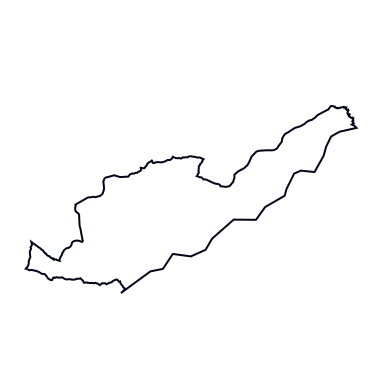 outline of Juaben Municipal, Ashanti, Ghana, rotated 285°
{"feature_id": "2480657B53382680619634", "entity_name": "Juaben Municipal", "entity_type": "district", "adm_level": 2, "iso_a3": "GHA", "parent_name": "Ghana", "parent_adm1": "Ashanti", "projection": "orthographic", "projection_center": [-1.389, 6.756], "detail": "fine", "context": "isolated", "style": "outline", "palette": "ink", "viewbox_px": 384, "rotation_deg": 285, "n_neighbors": 0, "source": "geoboundaries", "source_scale": "gbopen_adm2", "svg_char_len": 5760}
<svg xmlns="http://www.w3.org/2000/svg" viewBox="0 0 384 384"><g transform="rotate(285 192 192)"><path d="M70.7,79.7L73.1,80.0L73.7,80.7L73.6,81.9L74.6,83.0L74.6,84.6L75.3,87.3L76.0,88.6L75.8,89.4L75.2,91.1L75.0,93.4L76.0,95.8L76.5,100.0L77.6,102.3L78.5,103.3L78.9,105.2L79.8,106.7L79.4,107.1L78.1,109.7L77.5,110.2L76.5,110.8L76.5,111.7L77.3,113.2L77.3,114.8L78.0,118.3L78.4,119.4L78.4,121.0L78.9,121.6L79.3,122.2L79.3,122.7L79.0,123.4L79.2,124.5L78.9,125.2L78.2,127.1L80.7,128.8L80.7,129.8L81.4,131.7L80.7,133.3L82.0,134.7L82.8,135.4L83.6,137.1L84.3,138.0L85.7,138.7L86.8,140.0L88.1,142.0L87.3,143.5L86.5,144.5L87.0,145.7L86.8,145.8L85.5,146.4L84.0,148.2L83.9,148.4L83.8,148.5L83.7,148.7L83.6,148.9L83.5,149.2L83.2,149.4L82.9,149.7L82.4,150.0L82.1,150.5L81.9,150.7L81.8,150.9L81.6,151.6L81.4,152.0L81.2,152.1L80.7,152.2L80.2,152.0L79.9,151.9L79.4,151.7L79.1,151.4L78.7,151.2L78.3,151.1L77.9,150.8L77.5,150.7L77.1,150.4L76.4,149.8L76.0,149.5L104.6,172.4L110.2,183.8L127.2,189.5L129.5,207.6L139.7,220.1L152.2,223.5L176.1,239.4L181.7,261.0L196.5,266.6L212.4,282.5L219.2,282.5L236.2,285.9L240.8,291.6L243.0,305.2L261.2,309.8L270.3,309.8L281.6,312.0L288.4,318.9L296.5,334.3L297.5,332.8L297.6,332.4L298.2,331.3L298.5,328.9L300.3,330.5L301.0,329.5L301.8,328.5L302.6,328.9L302.8,329.3L303.4,328.9L304.3,328.5L304.7,328.5L305.1,328.7L305.2,328.4L304.7,328.2L304.4,328.0L305.3,327.2L304.9,326.4L305.4,325.0L305.6,324.3L306.4,323.6L306.7,323.8L307.0,324.0L307.1,323.2L307.3,323.2L307.9,323.6L308.0,323.1L307.7,322.5L308.4,322.3L308.6,321.9L308.6,321.7L310.5,321.6L311.2,322.0L311.8,321.5L311.6,321.4L311.0,321.2L311.3,320.3L311.9,319.4L312.5,319.4L312.9,318.9L313.0,318.6L313.6,318.9L313.5,317.8L312.7,317.3L313.1,316.9L313.5,316.5L313.0,315.9L312.8,315.2L312.3,314.3L312.0,313.4L311.5,313.2L311.1,312.4L311.1,312.0L310.5,311.1L310.7,310.8L310.9,310.6L310.5,310.0L310.8,308.0L311.4,307.8L311.4,305.6L310.9,303.9L309.7,303.3L307.1,302.4L302.5,297.3L299.0,293.6L295.7,291.6L292.5,288.9L291.9,287.4L290.2,285.5L288.1,283.7L287.2,283.4L283.5,279.6L280.6,274.9L277.1,271.6L275.4,270.2L272.0,266.8L269.0,265.7L266.8,265.3L265.1,265.5L264.0,265.7L262.8,265.3L258.6,263.6L256.3,262.9L254.5,261.3L253.9,260.6L252.9,258.5L252.3,255.7L251.6,253.6L251.2,251.8L250.7,250.7L250.0,248.4L248.9,245.5L247.5,243.6L241.7,240.4L237.0,239.7L232.8,238.8L231.5,238.2L230.8,237.5L230.2,237.3L228.3,236.1L227.7,235.2L226.9,234.7L226.6,234.1L226.1,233.4L225.6,233.2L225.2,232.8L224.2,231.6L223.6,231.1L222.6,230.4L219.8,228.6L219.0,228.6L217.5,229.1L216.3,229.3L214.3,229.1L212.7,229.2L207.4,226.8L205.8,223.6L205.5,222.1L205.1,218.8L204.9,218.1L205.8,217.5L206.2,216.7L206.4,215.3L206.3,214.0L206.1,212.3L206.6,208.1L207.2,205.2L207.6,203.0L207.6,201.4L207.1,200.0L207.2,199.5L207.6,199.0L208.3,198.1L208.5,197.6L208.5,197.1L208.3,195.2L208.6,192.5L209.6,193.0L210.9,193.0L211.7,193.3L212.1,193.6L213.2,193.3L213.7,192.9L215.6,192.6L216.9,192.3L218.7,191.9L219.4,192.5L220.2,192.5L220.6,192.7L221.3,192.7L222.0,193.4L223.3,193.8L224.2,193.8L224.7,194.2L225.5,194.1L226.7,194.6L227.3,190.5L227.1,189.5L226.6,188.3L226.8,185.7L226.4,184.6L226.3,182.0L225.9,180.7L225.8,180.3L225.5,179.7L224.3,178.7L224.1,177.6L224.1,177.1L223.4,176.0L223.2,174.3L222.2,173.7L221.4,172.4L221.6,171.5L221.0,169.7L220.6,167.8L220.8,165.7L220.9,164.8L221.1,164.5L218.6,163.7L217.1,162.3L216.7,160.3L214.3,157.7L213.5,156.3L212.7,154.7L211.8,150.3L211.0,149.0L210.1,147.8L209.9,147.0L210.2,146.3L211.8,145.4L212.0,145.1L211.3,144.7L211.0,144.4L210.8,144.2L210.5,143.8L210.1,143.4L209.4,142.8L208.2,141.8L208.0,141.6L207.8,141.6L207.5,141.5L206.7,141.5L206.2,141.4L205.8,141.2L205.4,141.0L205.0,140.7L204.8,140.7L204.3,140.4L203.4,140.3L203.1,140.1L202.9,140.0L202.7,139.8L202.6,139.6L202.5,139.1L202.1,136.9L202.1,136.7L202.1,136.3L200.3,137.1L199.3,136.8L198.2,135.8L197.5,134.8L196.4,134.1L195.9,132.5L194.7,131.1L194.5,129.7L193.7,128.6L193.1,127.6L190.4,126.5L187.8,118.7L188.0,112.5L184.4,106.4L184.2,105.8L183.9,105.3L183.5,104.9L183.3,104.7L183.1,104.5L182.9,104.3L182.1,104.0L181.6,103.9L179.3,103.6L176.2,104.9L172.0,106.3L167.2,106.1L164.5,104.3L161.9,99.8L161.9,98.0L160.5,95.2L160.0,93.1L149.7,82.7L148.8,83.2L146.5,83.2L145.7,83.5L144.8,83.7L143.4,84.5L142.2,86.7L141.9,87.8L140.8,88.8L130.8,92.0L130.3,92.2L127.7,93.7L124.1,95.4L118.8,98.0L118.5,98.1L117.8,98.4L117.1,99.0L116.9,99.1L116.0,99.2L115.5,98.9L115.4,98.7L115.3,98.4L115.4,97.4L115.5,96.9L115.6,96.2L115.6,95.8L115.5,95.2L115.5,94.8L115.5,94.3L115.3,93.8L115.3,93.3L115.1,92.8L114.8,92.1L114.3,91.3L113.8,90.5L113.3,89.9L113.0,89.7L112.7,89.5L111.9,89.2L109.6,89.2L109.2,89.2L108.7,89.0L108.3,88.8L108.0,88.7L107.6,88.5L107.2,88.2L106.7,87.9L106.5,87.6L106.0,87.0L105.2,85.4L103.9,84.3L102.7,83.5L102.4,83.4L102.0,83.3L101.7,83.2L101.3,83.2L101.0,83.2L100.3,82.8L99.6,82.5L99.4,82.6L99.2,82.6L98.8,82.7L98.0,82.6L97.1,82.5L96.7,82.3L95.3,81.9L94.9,81.9L93.7,81.6L92.3,81.5L92.0,81.6L91.7,81.7L91.3,82.0L91.2,80.4L91.3,80.0L91.3,79.3L91.7,78.2L91.4,77.3L90.9,76.2L91.8,75.7L91.8,75.3L91.3,74.7L92.0,73.6L92.1,72.2L93.0,71.0L93.2,69.2L93.3,68.5L94.7,66.9L94.6,66.1L95.1,65.7L95.6,64.5L97.0,63.3L97.3,62.0L98.6,59.3L99.2,57.3L99.5,56.8L102.2,49.7L99.8,51.1L98.4,50.9L97.2,50.4L96.7,50.4L95.8,51.1L94.2,51.1L92.8,50.7L91.9,50.9L89.2,51.9L87.6,52.6L87.3,52.7L84.6,52.3L82.5,52.3L80.8,52.8L80.0,52.8L78.8,52.9L77.0,52.3L76.1,51.7L74.9,51.3L75.0,52.4L74.8,53.0L74.3,55.2L74.7,55.7L75.1,56.8L75.2,57.3L75.2,57.9L75.4,58.9L75.4,59.5L75.2,60.0L75.2,60.3L75.2,60.9L75.5,61.4L75.6,61.8L75.6,62.2L75.3,63.0L75.2,63.5L75.1,64.7L75.1,65.0L74.9,65.3L74.8,65.8L74.1,68.0L74.5,70.6L74.5,71.0L74.3,71.4L73.6,72.4L73.4,72.9L73.1,73.1L72.9,73.5L72.5,74.0L71.3,75.1L70.8,76.7L70.4,77.8L70.5,78.8L70.7,79.7Z" fill="none" stroke="#020617" stroke-width="2"/></g></svg>